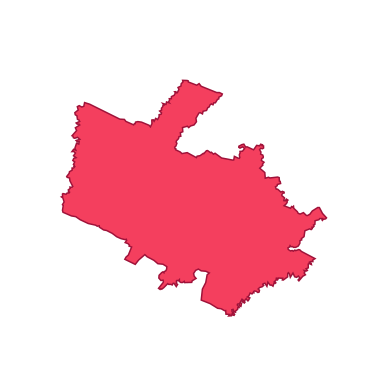 Kota Depok, Jawa Barat, Indonesia (orthographic projection), rotated 24°
{"feature_id": "22746128B73481124779947", "entity_name": "Kota Depok", "entity_type": "district", "adm_level": 2, "iso_a3": "IDN", "parent_name": "Indonesia", "parent_adm1": "Jawa Barat", "projection": "orthographic", "projection_center": [106.827, -6.388], "detail": "fine", "context": "isolated", "style": "filled", "palette": "rose", "viewbox_px": 384, "rotation_deg": 24, "n_neighbors": 0, "source": "geoboundaries", "source_scale": "gbopen_adm2", "svg_char_len": 6075}
<svg xmlns="http://www.w3.org/2000/svg" viewBox="0 0 384 384"><g transform="rotate(24 192 192)"><path d="M331.5,202.8L316.2,201.8L314.0,201.0L312.9,201.2L310.6,203.4L309.6,203.2L308.6,204.9L307.3,204.7L305.9,205.8L303.2,205.3L302.4,203.9L303.4,202.7L303.4,201.1L304.6,201.8L306.1,201.0L307.2,201.3L309.3,200.3L311.1,198.1L311.4,195.0L310.4,192.5L311.7,191.1L310.9,190.1L312.5,187.2L310.9,181.5L314.5,177.8L316.1,177.9L316.8,176.5L316.0,175.4L317.0,174.9L317.4,173.6L316.4,172.7L317.4,171.5L316.1,168.2L319.2,165.7L319.5,164.3L322.0,163.2L322.1,164.6L322.7,164.9L323.0,163.6L325.0,162.2L325.4,160.9L319.9,158.5L314.7,154.4L313.2,155.0L309.6,160.4L308.7,164.4L307.1,166.5L306.0,166.9L302.2,165.5L299.7,168.2L297.7,168.3L296.2,167.1L291.6,165.5L290.5,163.7L289.9,165.0L288.9,164.8L288.6,166.8L281.7,167.1L283.0,164.2L283.1,162.4L282.3,161.5L282.9,160.4L281.0,160.1L280.8,162.1L279.4,162.5L278.8,159.7L275.6,158.8L275.1,157.7L275.6,155.9L276.5,155.6L276.3,154.7L274.4,154.6L273.2,155.9L269.1,154.6L267.8,155.1L266.1,153.3L267.3,151.6L266.9,150.4L269.5,148.2L268.2,146.4L267.4,146.5L265.8,143.4L264.2,143.5L257.4,147.5L255.9,147.4L253.3,149.6L250.6,144.6L244.2,142.7L245.8,138.6L245.0,137.9L245.7,135.5L242.6,135.0L242.1,133.0L243.1,131.8L242.8,130.8L241.7,129.5L239.3,129.5L238.7,127.4L236.5,125.9L237.0,124.2L238.8,123.8L239.5,122.7L238.6,120.8L237.1,121.1L237.1,120.2L235.3,120.4L235.0,122.3L232.1,123.1L231.1,128.4L224.0,128.3L222.7,129.1L219.9,127.2L218.3,128.4L216.2,131.1L216.6,132.2L218.0,132.4L220.0,130.1L222.4,131.0L221.5,134.2L219.3,135.4L220.0,136.6L220.1,138.8L221.7,141.2L221.5,142.0L220.5,142.3L216.2,142.2L217.1,145.7L216.2,146.3L205.2,148.9L197.3,147.2L196.2,148.7L193.5,147.8L192.9,148.5L189.4,147.8L188.4,148.4L187.2,152.2L186.6,152.1L184.6,155.5L182.1,157.2L182.0,158.8L171.6,158.0L167.2,161.0L164.9,160.2L160.1,160.1L159.6,159.1L158.9,159.3L157.9,158.1L158.6,156.7L158.4,153.6L157.2,152.9L157.0,151.5L158.0,148.8L157.6,146.7L159.1,145.6L157.2,142.6L159.1,140.7L157.1,137.0L161.0,133.8L162.8,134.5L163.8,132.3L166.6,129.9L167.5,126.0L165.6,123.0L166.2,117.1L167.0,116.2L169.8,116.4L169.3,113.7L172.1,111.6L172.1,108.5L173.1,107.3L173.0,105.2L173.8,103.7L175.7,103.8L175.7,101.6L177.1,101.0L177.6,97.1L178.6,96.0L178.0,94.5L179.9,92.0L179.8,90.1L176.6,90.0L174.2,91.1L157.4,91.7L154.4,90.1L152.9,92.5L143.9,93.0L143.3,92.0L142.2,92.1L138.0,93.8L139.0,95.0L138.1,97.5L138.8,99.7L136.7,102.2L138.3,103.6L138.2,107.3L137.6,107.7L136.4,106.9L135.4,107.5L136.5,108.1L136.4,110.9L134.4,113.2L135.2,115.1L133.3,116.0L134.2,117.2L133.9,119.3L134.9,119.8L132.1,120.1L132.6,122.5L129.3,123.0L131.1,123.9L130.2,124.6L130.6,126.0L130.0,127.9L130.9,129.5L129.5,131.2L132.0,132.1L132.1,133.6L130.5,134.7L131.3,136.6L131.1,139.8L128.9,139.5L128.6,142.8L127.2,141.8L126.0,142.6L127.6,145.8L127.5,149.4L125.6,148.5L117.5,148.7L113.9,149.7L112.0,151.1L112.3,152.7L111.6,153.0L111.4,154.4L102.9,154.4L100.7,153.2L96.4,154.8L62.8,153.4L57.5,154.0L58.3,157.7L56.8,159.2L53.8,159.0L52.5,160.7L54.7,163.3L52.7,167.2L53.9,168.9L55.9,169.2L57.8,172.2L59.3,172.2L60.7,173.2L58.1,176.1L59.5,176.7L61.3,176.0L62.2,176.4L59.3,180.8L61.6,182.8L59.5,189.4L60.5,189.4L61.6,190.7L63.0,190.6L65.2,188.6L68.1,189.5L65.2,192.1L67.0,192.8L68.4,191.8L69.1,194.3L66.7,194.4L67.2,199.6L68.8,201.0L66.5,201.1L65.9,203.9L67.5,203.1L69.7,203.8L69.0,207.1L72.1,207.8L70.3,209.4L70.3,211.7L72.6,212.2L72.5,215.1L73.6,215.4L73.6,216.6L74.6,216.6L74.1,218.2L72.7,218.9L73.6,220.8L71.8,223.3L72.2,224.9L71.2,228.8L72.0,229.4L74.4,229.0L75.9,231.4L80.8,235.4L80.4,236.5L78.5,237.2L79.3,238.1L78.1,240.5L79.0,241.0L79.0,241.9L80.2,242.0L80.1,242.8L78.3,243.8L77.8,245.3L74.8,245.9L74.5,246.6L75.6,248.7L74.7,249.6L76.4,249.9L79.2,253.1L78.8,256.3L79.9,256.8L81.1,261.4L82.4,263.0L91.6,262.9L95.9,261.8L101.1,262.8L110.0,263.0L117.5,261.5L119.3,261.8L121.0,260.6L121.7,261.8L126.7,262.6L129.7,261.9L135.8,262.2L141.4,263.5L146.1,263.5L150.4,262.7L151.1,261.9L152.0,262.7L151.5,265.4L154.5,265.2L156.4,265.9L156.5,267.0L159.2,266.8L159.5,275.5L158.2,278.3L158.0,280.8L169.6,281.2L170.9,275.9L174.4,268.4L177.4,269.4L185.0,269.9L190.0,271.4L194.8,269.8L199.3,270.4L200.2,272.8L200.1,274.7L198.9,276.1L199.2,277.2L197.8,276.9L197.0,278.1L195.8,281.5L196.7,284.1L199.6,285.5L201.4,284.3L202.0,285.0L202.5,286.3L200.6,293.6L202.5,294.0L202.9,293.0L203.9,293.1L205.1,290.9L207.1,285.6L208.2,285.9L210.4,284.9L211.7,285.0L211.9,283.1L212.7,282.7L216.1,284.8L216.4,282.3L214.6,281.8L214.7,280.6L213.9,279.8L214.3,278.8L215.6,278.6L216.1,277.2L216.9,278.9L218.6,279.2L220.1,278.6L221.2,276.8L222.0,277.8L228.5,274.7L228.3,273.0L230.9,269.3L228.3,268.1L226.6,265.8L227.2,262.1L229.2,259.8L232.4,260.3L236.8,258.8L240.7,258.9L239.5,261.5L241.4,269.2L241.0,276.5L244.4,287.0L254.0,286.6L262.7,287.8L266.2,286.8L270.1,287.2L271.0,286.6L272.7,289.8L276.3,288.5L275.9,290.3L278.4,289.0L278.2,286.9L279.5,287.8L280.6,287.6L280.7,286.4L277.2,284.9L276.3,283.3L277.3,282.5L279.1,284.4L280.6,284.1L280.1,283.3L281.4,280.7L280.9,279.1L282.1,278.4L279.3,276.8L279.2,275.9L280.5,275.0L281.7,276.7L283.2,276.6L282.6,273.6L280.9,273.8L281.3,269.6L282.8,270.0L282.7,271.8L285.0,272.1L285.2,271.1L284.1,270.3L284.9,267.5L287.1,268.8L287.6,268.5L287.9,265.2L285.3,265.3L286.2,263.8L286.2,260.7L288.3,260.7L288.7,259.3L289.6,258.9L288.8,257.9L289.2,257.1L290.9,256.6L293.1,257.0L294.0,256.1L293.6,254.3L291.9,253.7L292.7,251.7L294.6,250.1L295.5,248.2L294.2,247.6L294.3,246.9L295.7,245.7L298.8,247.7L298.0,243.5L301.2,245.3L302.5,244.7L304.3,245.1L304.0,241.7L305.1,241.7L305.5,240.9L303.7,240.2L304.7,238.7L304.1,236.4L304.9,236.1L305.1,237.3L305.9,237.5L306.1,235.4L310.0,233.9L310.3,235.6L311.2,235.3L313.9,230.6L312.6,227.5L312.9,226.5L314.4,227.2L316.5,229.9L317.2,225.0L320.3,227.7L322.3,227.4L323.3,225.5L325.5,226.7L324.7,229.2L325.8,229.7L327.5,223.9L329.3,221.5L327.4,220.4L327.6,219.0L326.3,218.1L328.7,217.6L329.3,216.7L327.4,215.7L329.1,214.0L327.5,210.6L328.2,209.7L330.6,209.7L329.9,208.7L328.3,209.1L327.7,208.5L328.8,207.2L330.7,206.4L329.9,205.3L331.5,202.8Z" fill="#f43f5e" stroke="#9f1239" stroke-width="1.5"/></g></svg>